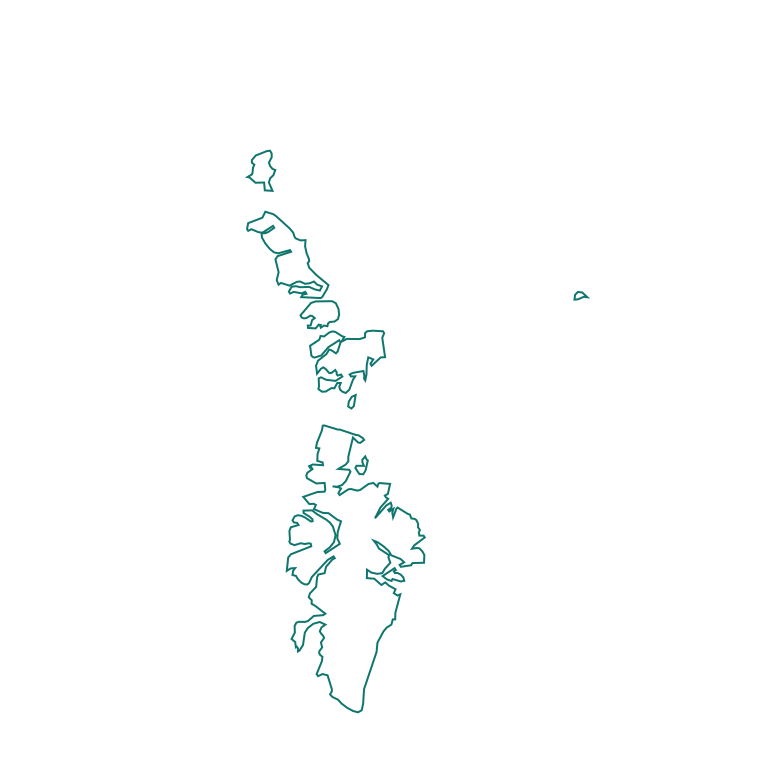 the Island Area of Eilean Siar, rotated 147°
{"feature_id": "GBR-2772", "entity_name": "Eilean Siar", "entity_type": "Island Area", "adm_level": 1, "iso_a3": "GBR", "parent_name": "United Kingdom", "parent_adm1": "", "projection": "orthographic", "projection_center": [-7.062, 57.727], "detail": "fine", "context": "isolated", "style": "outline", "palette": "teal", "viewbox_px": 768, "rotation_deg": 147, "n_neighbors": 0, "source": "natural_earth", "source_scale": "10m", "svg_char_len": 6174}
<svg xmlns="http://www.w3.org/2000/svg" viewBox="0 0 768 768"><g transform="rotate(147 384 384)"><path d="M461.3,378.9L458.0,382.4L456.7,381.8L447.7,371.1L446.0,370.0L435.2,356.4L433.3,354.9L431.2,350.0L431.1,347.9L436.1,347.6L437.6,349.1L439.2,356.0L453.7,342.3L456.0,338.6L460.0,337.3L468.5,337.6L459.9,331.0L459.9,328.7L468.9,323.4L474.2,322.1L479.4,323.4L482.9,326.2L478.1,321.8L477.0,319.8L481.7,317.3L481.7,315.0L471.4,315.1L469.0,314.0L464.4,309.1L461.7,308.1L451.5,308.6L446.8,306.8L445.4,301.5L443.1,303.4L441.6,303.3L433.3,296.9L440.6,289.7L444.1,289.9L444.1,287.8L443.0,285.4L454.1,282.4L464.7,276.3L448.2,280.9L443.0,280.8L443.8,277.8L445.2,276.2L449.0,276.3L449.0,274.2L444.1,274.2L447.1,271.6L449.0,267.2L441.3,272.8L439.9,273.0L434.8,262.1L433.4,260.4L434.3,256.4L431.8,254.2L431.0,252.4L431.5,248.2L433.5,245.3L433.4,242.0L435.6,240.6L436.9,237.6L433.4,235.2L433.4,233.1L446.6,232.2L450.2,230.6L445.6,228.5L443.7,226.7L443.0,222.7L443.3,218.6L447.8,212.3L457.1,218.0L458.5,218.2L459.8,217.1L469.4,221.5L469.4,223.8L464.2,223.5L465.4,228.2L471.2,236.4L471.0,241.5L472.9,248.4L475.5,254.7L477.9,258.1L477.5,253.2L477.9,248.8L472.9,237.6L474.7,236.3L476.1,230.6L483.8,228.6L488.5,226.3L493.1,228.5L497.3,232.7L499.4,237.5L504.1,230.5L498.2,226.0L495.7,216.9L491.0,216.9L489.7,212.2L486.1,205.6L489.7,203.3L487.9,199.3L484.9,198.7L499.1,185.9L502.8,180.5L504.9,181.8L508.8,178.2L514.7,178.2L519.3,176.7L530.3,170.7L536.2,163.3L567.0,138.9L575.4,127.5L580.4,122.5L584.6,122.8L588.1,126.7L591.3,132.6L593.6,139.0L594.5,144.3L597.7,149.6L598.3,153.1L595.1,154.7L593.9,156.6L590.0,170.4L593.5,174.2L598.4,174.9L598.5,177.4L587.0,185.4L584.2,188.7L585.1,191.6L584.9,193.8L583.6,195.2L579.3,196.8L577.7,201.5L572.5,203.7L572.2,206.2L572.7,209.1L572.5,211.6L569.0,213.9L564.2,214.1L567.5,219.4L573.9,221.4L580.9,220.8L585.8,218.6L594.1,209.2L600.0,206.5L601.8,206.6L600.2,209.1L600.2,211.2L601.3,211.2L599.0,216.0L600.4,220.5L594.2,224.0L590.8,229.7L587.6,231.5L585.2,231.1L580.0,227.6L577.0,226.6L569.2,227.7L561.0,223.3L558.3,223.3L562.5,235.3L564.4,239.1L562.4,242.0L563.3,246.1L560.2,248.7L551.4,250.8L545.5,258.2L542.9,260.0L536.9,257.7L532.1,262.3L523.0,264.9L520.2,264.7L520.2,266.9L526.9,267.1L549.7,261.4L555.0,258.0L557.4,257.6L559.7,259.2L561.5,262.5L562.5,266.8L562.4,271.1L564.8,273.6L562.0,276.8L558.8,278.0L562.8,280.2L567.3,280.2L558.8,290.7L554.7,291.9L533.4,287.5L532.4,290.0L533.9,291.4L537.7,293.0L540.5,295.8L546.8,297.6L549.3,301.0L549.3,303.3L547.7,304.6L543.4,312.2L540.2,314.6L532.5,312.3L532.5,314.8L535.0,317.0L535.0,319.5L531.1,321.6L527.8,320.9L525.0,318.4L522.8,314.8L520.2,308.5L518.6,307.8L517.7,309.5L518.7,313.3L521.7,319.6L520.5,321.7L513.2,317.2L511.1,311.4L506.2,301.4L504.8,297.0L504.5,292.2L507.0,283.5L512.1,278.6L518.5,276.5L525.0,276.0L525.0,273.9L508.1,274.0L507.3,279.9L503.3,285.2L494.8,292.3L497.2,295.9L500.9,305.9L505.4,309.1L510.9,317.2L507.0,319.7L508.2,321.8L512.0,324.0L513.2,333.3L498.7,329.7L492.6,326.1L490.9,327.2L487.7,333.4L495.0,337.5L499.9,347.0L499.0,349.6L496.6,351.3L490.3,351.6L490.3,353.8L491.6,353.8L491.6,355.9L487.6,355.3L479.4,349.1L478.2,351.6L481.8,355.9L477.9,361.4L473.3,365.2L475.8,367.5L472.1,371.3L461.3,378.9ZM430.3,409.2L436.9,409.4L440.2,411.3L441.8,415.5L439.9,417.3L435.7,424.3L433.2,423.9L430.1,418.9L422.9,413.0L414.9,412.9L414.9,415.4L418.2,416.3L418.4,417.7L417.3,419.8L417.3,422.3L422.5,421.9L424.1,423.4L424.6,427.9L425.8,431.0L428.7,431.1L434.5,429.1L431.0,436.4L426.6,439.5L416.2,440.4L411.2,442.7L409.9,441.3L407.6,435.9L405.2,436.5L397.7,442.6L397.7,445.1L410.5,445.2L421.0,442.1L427.6,443.9L428.8,445.0L429.5,447.2L425.2,456.3L414.1,456.4L411.1,458.8L408.3,456.5L402.0,457.0L398.8,456.3L396.5,454.3L393.0,446.7L391.6,445.1L396.6,442.6L390.7,442.1L379.9,434.9L374.5,433.5L372.0,437.1L369.4,437.4L364.3,434.8L356.2,428.8L356.2,426.5L360.3,423.7L368.5,405.9L372.3,408.1L384.4,406.0L384.4,408.3L379.6,410.5L382.7,414.9L388.0,409.5L393.7,401.3L397.8,397.2L397.8,399.3L395.9,401.8L394.2,406.1L403.9,410.2L407.6,410.7L407.6,408.4L404.0,406.1L407.8,404.4L416.2,398.1L421.0,397.3L423.2,400.4L423.9,403.5L422.8,406.3L419.7,408.4L422.6,410.3L428.0,407.4L430.3,409.2ZM409.7,518.0L415.4,524.9L418.3,524.7L417.4,529.6L411.5,535.1L407.2,547.6L403.7,549.2L389.9,545.5L389.9,547.5L401.5,551.2L404.6,554.4L406.2,559.5L407.0,566.5L406.6,573.2L404.6,577.1L401.4,575.1L398.0,574.5L391.0,574.8L391.0,577.1L403.5,577.1L406.6,579.7L410.9,586.0L414.5,586.4L414.5,588.5L410.3,592.9L395.4,589.7L389.7,593.1L384.5,586.9L383.0,583.3L378.4,565.8L377.7,560.4L378.8,556.5L378.8,554.3L375.8,549.9L371.5,547.4L375.2,542.4L377.6,536.1L378.9,529.7L379.8,527.8L382.1,527.0L383.4,522.4L381.4,512.3L376.7,497.2L380.2,494.6L388.4,490.6L390.2,490.5L406.1,501.9L403.4,503.2L399.9,501.9L399.9,504.2L403.8,505.0L409.5,510.4L413.5,511.0L413.5,513.3L408.5,515.9L404.6,514.0L401.4,510.7L393.9,506.2L390.4,500.9L386.9,497.3L382.8,499.6L386.0,503.8L386.9,508.1L391.3,508.9L395.6,511.0L398.6,515.7L401.3,517.1L409.7,518.0ZM406.3,465.6L405.9,467.3L404.9,467.9L406.4,469.3L411.1,467.9L417.2,472.4L416.1,474.5L413.7,473.0L409.6,476.7L406.2,477.0L407.2,480.2L408.7,481.5L412.9,481.5L415.4,482.6L416.9,484.8L416.6,487.1L401.1,491.7L396.4,490.5L382.5,481.8L380.4,478.0L381.3,471.7L383.8,466.6L387.3,463.5L391.5,463.3L395.8,465.6L398.0,465.2L400.0,463.3L402.5,465.7L406.3,465.6ZM382.2,622.8L384.3,630.4L385.8,631.9L380.6,631.7L379.0,633.0L376.1,636.7L373.3,638.5L374.3,641.6L372.8,643.8L367.1,645.5L355.3,643.1L352.5,641.7L352.7,638.5L354.7,635.3L359.9,632.4L360.8,628.9L360.4,625.1L358.6,622.7L363.0,619.4L367.4,618.5L370.8,615.7L372.3,606.7L378.5,611.3L374.8,618.3L382.2,622.8ZM475.4,221.5L477.8,221.5L477.8,219.4L475.6,218.2L473.8,215.0L473.1,211.3L474.2,207.9L477.5,209.3L483.1,215.8L484.9,214.7L487.9,218.4L489.8,223.7L475.4,223.8L475.4,221.5ZM445.4,326.3L444.8,330.0L443.5,332.2L439.2,333.5L439.7,330.0L439.2,328.7L446.6,321.5L450.5,319.6L453.7,321.9L453.8,329.1L451.6,330.4L445.4,326.3ZM413.8,390.2L421.3,381.9L424.7,381.2L426.3,384.7L423.1,388.4L418.0,390.8L413.8,390.2ZM166.2,346.0L168.9,348.3L175.3,349.4L178.3,351.0L175.2,354.7L171.3,355.6L167.9,352.8L166.2,346.0Z" fill="none" stroke="#0f766e" stroke-width="2"/></g></svg>